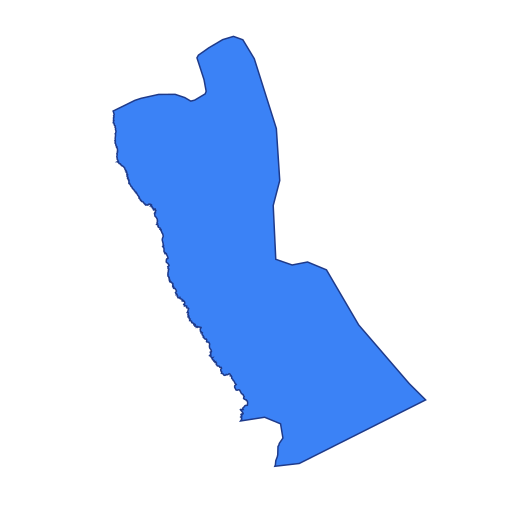 Itsandra-Hamanvou, Andjazîdja, Comoros (Mercator projection), rotated 332°
{"feature_id": "10938185B82482804134728", "entity_name": "Itsandra-Hamanvou", "entity_type": "district", "adm_level": 2, "iso_a3": "COM", "parent_name": "Comoros", "parent_adm1": "Andjazîdja", "projection": "mercator", "projection_center": [43.266, -11.611], "detail": "fine", "context": "isolated", "style": "filled", "palette": "blue", "viewbox_px": 512, "rotation_deg": 332, "n_neighbors": 0, "source": "geoboundaries", "source_scale": "gbopen_adm2", "svg_char_len": 6096}
<svg xmlns="http://www.w3.org/2000/svg" viewBox="0 0 512 512"><g transform="rotate(332 256 256)"><path d="M339.2,51.5L328.1,49.3L312.3,50.0L299.5,51.6L296.9,53.3L292.9,75.9L289.3,87.2L287.2,89.0L275.0,89.6L271.1,88.6L267.5,82.7L260.5,75.3L245.8,67.6L228.5,62.8L222.1,61.7L197.3,60.9L197.9,61.2L197.2,64.6L196.1,65.3L195.9,66.6L194.9,67.2L194.7,68.2L193.9,69.1L194.1,69.7L193.5,70.0L193.2,70.7L192.6,71.1L192.5,71.5L192.9,71.8L192.9,72.9L192.4,73.5L192.4,74.2L192.8,75.2L192.0,76.1L192.0,77.4L191.3,78.3L191.0,80.1L189.6,81.8L189.0,82.0L189.0,82.9L188.3,84.0L186.9,86.0L186.2,87.6L185.5,88.0L185.8,88.5L185.1,89.7L184.6,90.0L184.7,91.6L184.2,92.7L184.3,93.7L184.0,94.1L184.4,94.5L183.9,95.0L184.1,95.8L183.8,96.8L183.3,97.5L183.3,98.0L182.8,98.8L182.3,99.0L182.3,99.6L181.2,100.3L181.2,101.0L180.9,101.2L180.9,101.6L179.6,103.1L179.7,103.8L179.4,104.2L179.1,104.9L179.1,105.4L178.8,105.7L179.0,106.5L178.8,107.7L178.0,107.7L178.5,108.0L178.3,108.4L178.7,108.6L178.5,110.0L179.6,111.0L179.3,111.7L180.1,113.1L179.9,113.3L180.7,114.3L181.1,115.4L181.1,116.1L181.4,116.5L181.0,118.1L181.3,119.1L180.9,119.5L181.3,119.8L181.3,120.2L181.0,120.6L181.2,121.0L180.7,121.3L181.0,121.9L180.8,122.8L180.3,123.4L180.8,123.9L180.4,124.5L179.8,124.6L179.5,125.2L179.6,126.2L179.9,126.3L179.8,126.7L179.1,127.2L179.4,127.5L179.4,128.2L179.1,128.4L179.4,129.1L179.0,129.4L179.2,130.1L178.4,131.0L178.4,131.8L177.9,132.3L178.5,132.7L178.3,133.5L178.5,135.0L178.3,135.8L178.9,137.2L178.6,137.9L178.8,139.0L179.3,139.9L179.2,141.2L179.5,141.8L179.5,142.8L180.0,143.2L179.8,143.7L180.1,144.0L179.8,144.4L180.1,144.8L180.1,146.6L180.5,148.8L180.3,149.0L180.4,149.3L179.9,149.9L180.3,150.3L180.1,150.7L180.4,151.8L180.2,152.6L180.6,152.7L180.8,153.8L180.6,154.1L181.8,155.4L181.9,157.2L182.3,157.7L182.2,158.3L182.5,159.1L182.9,158.9L183.3,159.6L184.5,160.3L184.8,159.9L186.0,159.9L186.6,160.7L187.0,160.7L187.6,161.4L187.7,161.8L186.7,162.2L187.2,162.4L186.8,163.3L187.4,163.5L187.1,165.0L187.5,165.2L187.4,165.7L187.6,166.0L187.5,166.6L187.1,166.9L187.4,167.5L188.4,166.9L188.7,167.3L189.0,167.3L188.8,167.9L189.0,168.7L187.9,169.6L187.5,170.6L186.9,170.3L186.4,170.6L185.5,173.5L186.0,174.8L186.1,177.3L185.6,178.0L185.6,178.7L185.1,179.4L184.5,179.7L184.3,180.8L183.5,181.2L183.9,181.4L183.4,181.7L183.7,181.9L184.0,183.1L183.5,183.5L183.6,183.9L183.3,184.2L183.4,184.9L184.4,186.2L184.4,186.6L183.8,187.3L184.4,187.7L184.1,188.3L184.5,188.5L184.0,189.7L184.1,190.1L183.8,191.5L184.1,192.3L183.4,195.0L181.6,196.6L180.7,197.8L179.8,201.6L179.4,202.2L179.4,203.0L178.3,203.6L178.8,204.0L178.2,204.4L178.2,205.2L178.4,205.4L178.2,206.4L176.9,208.7L176.9,209.4L177.3,210.3L176.8,210.4L176.8,211.2L177.5,211.2L178.0,211.9L177.6,212.7L177.8,213.9L177.4,216.6L176.8,216.9L176.1,216.6L175.4,216.9L174.2,218.6L173.9,219.4L174.7,221.1L174.9,223.4L174.4,223.8L173.1,224.0L173.1,224.7L172.5,225.7L172.9,226.6L172.1,227.2L171.1,228.8L170.2,229.7L169.7,231.0L169.4,231.1L169.3,231.6L168.8,232.3L169.1,233.0L169.2,234.1L168.9,234.3L169.1,234.6L168.6,235.4L168.8,235.9L168.1,236.4L168.5,237.0L168.0,237.7L168.5,237.9L168.6,238.3L167.9,238.4L167.9,238.6L168.9,239.4L169.0,240.2L169.7,241.2L169.2,241.9L169.1,242.6L168.7,242.7L168.7,243.3L168.3,243.7L168.8,243.9L168.8,244.1L168.3,244.3L168.7,245.0L168.1,245.3L168.2,246.0L169.3,246.8L169.4,249.2L169.2,249.8L167.7,250.5L167.7,251.4L168.1,252.1L167.4,252.7L168.1,253.0L167.9,253.5L168.1,253.9L168.1,254.3L167.5,254.8L167.7,255.4L167.5,256.2L168.0,256.6L169.4,256.7L169.3,257.4L168.9,257.7L169.1,258.3L170.1,259.1L170.6,260.4L169.8,260.8L170.2,261.1L170.6,260.8L170.9,261.2L170.5,261.7L171.4,262.3L171.4,263.1L171.0,264.1L170.8,264.4L169.4,264.8L169.4,265.1L170.0,265.7L169.5,266.5L170.0,266.5L171.3,267.8L170.6,268.4L170.5,269.2L171.8,270.4L171.8,270.9L170.9,271.6L169.9,272.8L168.9,273.5L169.5,273.8L169.6,274.6L168.5,275.4L168.5,276.4L167.9,277.0L168.4,277.5L167.5,278.0L168.2,278.8L168.1,279.2L167.7,279.6L167.6,280.1L168.3,280.8L167.1,281.9L167.9,282.6L168.5,283.4L167.9,284.6L168.7,285.1L168.8,285.8L169.3,286.4L169.1,286.9L169.6,287.1L170.1,287.8L170.1,288.1L169.7,288.4L169.2,288.3L169.6,289.0L169.3,289.3L169.8,289.5L170.0,290.0L169.8,290.8L170.9,290.6L171.2,290.8L171.1,291.6L172.0,291.6L174.0,293.3L173.9,293.6L173.1,293.7L172.3,294.6L171.6,296.5L171.9,296.9L171.6,297.6L172.0,297.5L172.6,298.6L171.8,299.2L171.5,300.5L172.0,301.4L171.6,302.2L171.9,302.7L171.9,302.9L171.3,303.1L172.1,305.6L173.1,306.0L173.1,307.1L172.1,308.3L172.1,308.6L173.8,310.0L173.8,311.9L172.6,313.6L172.1,314.8L171.9,315.6L172.2,317.4L171.9,319.3L171.4,319.7L170.6,319.3L170.4,319.5L170.2,321.4L168.2,322.2L168.4,322.5L169.3,322.9L168.9,323.6L169.0,325.1L170.0,325.4L169.2,325.7L169.0,326.8L169.3,327.0L169.2,327.7L170.0,328.6L169.4,329.3L169.9,330.1L170.6,330.3L170.1,330.8L170.6,331.0L170.9,332.0L170.1,332.7L170.0,333.4L170.3,334.1L170.3,334.9L171.7,335.9L171.8,337.3L173.0,338.0L172.9,338.9L171.6,339.6L171.0,341.0L171.4,341.9L170.9,342.8L170.4,343.3L171.5,344.5L171.8,346.3L172.5,346.8L173.6,346.9L174.1,346.6L174.5,347.2L175.3,347.5L177.0,347.3L177.6,348.1L177.6,349.0L177.2,349.5L177.7,349.6L177.9,350.1L177.6,350.6L177.9,351.1L177.1,352.6L177.6,354.1L177.4,355.1L177.9,356.2L177.7,358.6L178.2,360.1L176.3,360.6L175.8,361.3L175.5,362.0L175.5,365.0L176.5,365.7L177.8,365.9L178.6,366.6L178.6,370.7L179.6,372.3L179.3,373.4L179.6,374.5L178.7,375.2L178.2,375.9L178.5,376.3L178.4,376.9L179.9,378.5L179.6,379.1L180.2,379.8L180.2,380.2L179.7,381.7L178.3,383.8L176.6,383.0L176.0,383.0L173.9,383.9L173.1,384.0L172.4,384.8L172.5,385.5L171.3,385.0L170.7,384.3L170.1,384.4L170.8,387.7L170.6,389.2L169.6,389.4L169.3,388.8L168.9,388.7L168.2,389.1L168.5,389.9L168.4,390.7L166.9,391.0L167.4,392.2L167.0,392.5L166.9,393.3L164.9,394.4L187.9,402.4L198.9,415.7L194.4,429.1L194.1,429.5L188.6,432.4L187.4,433.7L186.0,434.5L181.9,441.7L180.5,443.3L177.4,446.0L175.0,449.6L173.9,450.5L196.8,459.5L338.2,462.7L331.4,440.7L314.3,365.1L311.7,301.3L298.7,285.5L283.7,280.9L271.9,268.2L294.9,219.5L312.4,200.5L333.8,153.0L347.1,81.0L345.9,58.9L339.2,51.5Z" fill="#3b82f6" stroke="#1e3a8a" stroke-width="1.5"/></g></svg>